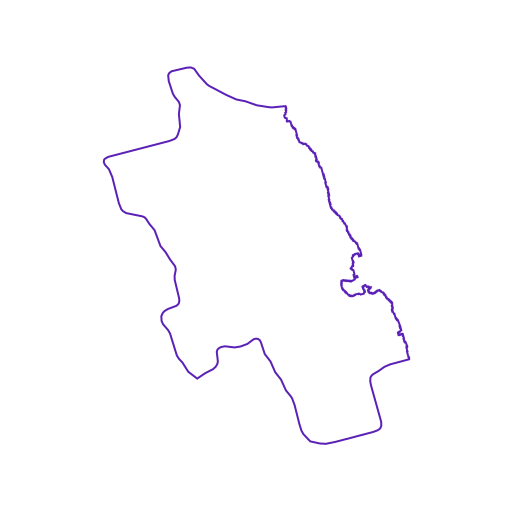 San Pedro de Macorís, San Pedro de Macorís, Dominican Republic, rotated 255°
{"feature_id": "3306468B30679779198976", "entity_name": "San Pedro de Macorís", "entity_type": "district", "adm_level": 2, "iso_a3": "DOM", "parent_name": "Dominican Republic", "parent_adm1": "San Pedro de Macorís", "projection": "natural_earth1", "projection_center": [-69.289, 18.484], "detail": "fine", "context": "isolated", "style": "outline", "palette": "violet", "viewbox_px": 512, "rotation_deg": 255, "n_neighbors": 0, "source": "geoboundaries", "source_scale": "gbopen_adm2", "svg_char_len": 6153}
<svg xmlns="http://www.w3.org/2000/svg" viewBox="0 0 512 512"><g transform="rotate(255 256 256)"><path d="M152.8,167.5L155.9,176.4L157.8,185.2L159.5,188.5L162.0,190.9L164.2,191.9L173.6,193.3L175.6,194.6L176.7,196.7L177.1,199.0L176.8,202.7L173.2,211.7L172.6,217.6L173.3,224.9L176.2,232.2L176.2,234.4L175.4,236.5L173.6,237.9L171.4,238.4L159.0,239.1L150.4,242.7L138.7,244.5L130.1,248.2L118.5,250.1L111.2,253.4L108.7,254.1L101.9,254.7L82.4,254.4L75.5,254.7L71.6,255.7L62.9,260.4L58.4,269.1L56.5,274.8L55.9,284.4L55.7,323.6L56.1,328.0L56.9,330.6L57.7,331.7L59.9,333.2L63.6,334.0L101.4,333.6L105.4,333.9L109.0,335.1L110.0,336.0L111.4,338.2L113.2,344.7L115.7,351.4L116.6,357.5L116.6,377.1L118.0,377.1L118.0,377.6L118.4,377.6L118.4,377.1L124.6,377.1L124.6,377.6L128.8,377.6L128.8,378.2L129.8,378.2L129.8,378.7L134.0,378.2L134.0,377.6L135.0,377.6L135.0,377.1L137.8,377.1L137.8,377.6L140.7,377.6L140.7,377.1L141.6,377.1L141.6,377.6L142.5,377.6L142.5,377.1L143.0,377.1L143.0,374.8L142.5,374.8L142.5,373.7L143.0,373.7L143.0,373.2L144.9,373.2L144.9,373.7L145.4,373.7L145.4,374.8L145.9,374.8L145.9,376.0L146.8,376.5L146.8,377.1L149.2,377.1L149.2,376.5L151.1,376.5L151.1,377.1L157.2,376.5L157.2,376.0L158.1,376.0L158.1,375.4L159.6,375.4L159.6,374.8L164.3,374.8L164.3,374.3L167.1,373.7L167.1,373.2L168.5,373.2L168.5,373.7L169.5,373.7L169.5,374.3L170.9,374.3L170.9,374.8L171.4,374.8L171.4,374.3L172.8,374.3L172.8,374.8L175.6,375.4L175.6,374.8L176.6,374.8L176.6,374.3L177.5,374.3L177.5,373.7L178.5,373.7L178.5,373.2L179.4,373.2L179.4,372.6L180.3,372.6L180.8,371.5L182.2,371.5L182.2,370.9L184.6,370.9L184.6,370.4L185.5,370.4L185.5,369.8L187.0,369.8L187.0,369.3L187.9,369.3L188.8,367.6L189.8,367.6L190.3,366.5L191.2,366.5L191.2,364.2L190.7,364.2L190.7,363.1L190.3,363.1L190.3,362.0L189.8,362.0L189.8,360.9L189.3,360.9L189.3,359.2L189.8,359.2L189.8,358.1L190.3,358.1L190.3,357.6L190.7,357.6L190.7,356.4L191.2,356.4L191.2,355.9L192.6,355.9L192.6,355.3L194.1,355.3L194.5,356.4L195.0,356.4L195.0,358.1L195.9,358.7L195.9,358.1L196.9,357.6L196.9,356.4L197.4,356.4L197.4,355.3L197.8,355.3L197.8,354.8L199.7,354.2L199.7,353.7L199.2,353.7L199.2,352.0L198.8,352.0L198.8,350.9L196.9,350.9L196.9,351.4L194.5,351.4L194.5,352.0L193.1,352.0L192.6,350.9L191.7,350.3L191.7,347.0L192.6,346.4L192.6,345.3L193.1,345.3L193.1,341.4L192.6,341.4L192.6,339.7L192.2,339.7L192.2,338.6L192.6,338.6L192.6,337.5L193.1,337.5L193.1,336.4L193.6,336.4L193.6,335.8L194.5,335.8L195.0,334.7L196.9,334.1L196.9,333.6L197.8,333.6L197.8,333.0L198.8,333.0L198.8,332.4L200.7,331.9L200.7,331.3L202.1,331.3L202.1,330.8L205.9,330.8L205.9,331.3L207.8,331.3L207.8,331.9L209.6,331.9L209.6,333.0L210.1,333.0L210.1,334.1L209.6,334.1L209.6,335.2L209.2,335.2L209.2,336.4L208.7,336.4L208.7,337.5L208.2,337.5L208.2,339.1L207.8,339.1L207.8,340.3L207.3,340.3L207.3,341.4L206.8,341.4L207.8,345.3L208.7,345.3L208.7,345.8L209.6,346.4L209.6,347.0L209.2,347.0L209.2,348.6L210.1,348.6L210.1,348.1L210.6,348.1L210.6,345.3L212.5,345.3L212.9,346.4L217.2,346.4L217.7,345.3L218.6,345.3L219.1,344.2L219.6,344.2L220.0,345.3L221.0,345.8L221.0,347.0L221.9,347.0L221.9,347.5L223.8,347.5L224.3,348.6L225.7,348.6L225.7,348.1L229.5,348.1L230.4,349.7L231.4,349.7L231.4,350.3L231.8,350.3L231.8,352.0L232.3,352.0L232.3,354.8L231.8,354.8L231.8,355.3L230.9,355.3L230.9,355.9L230.4,355.9L230.4,355.3L229.0,355.3L229.0,357.6L230.0,357.6L230.0,358.1L235.1,358.1L235.1,357.6L236.6,357.6L236.6,357.0L241.8,357.0L241.8,356.4L242.7,356.4L242.7,355.9L244.6,355.3L245.1,354.2L246.0,354.2L246.0,353.7L247.4,353.7L247.4,353.1L248.4,353.1L248.4,352.5L249.8,352.5L249.8,352.0L250.3,352.0L250.3,352.5L251.2,352.5L251.2,352.0L252.6,352.0L252.6,351.4L255.0,351.4L255.0,350.9L256.9,350.9L256.9,350.3L257.4,350.3L257.4,350.9L260.7,350.9L260.7,351.4L261.1,351.4L261.1,350.9L264.5,350.3L264.5,349.7L267.3,349.2L267.3,348.6L269.6,348.6L270.1,347.5L271.5,347.5L271.5,347.0L273.4,347.0L274.4,345.3L275.8,345.3L275.8,344.7L276.7,344.7L276.7,344.2L277.7,344.2L277.7,343.6L278.6,343.6L278.6,343.1L279.6,343.1L279.6,342.5L281.4,341.9L281.4,341.4L283.3,341.4L283.3,340.8L286.7,340.8L286.7,341.4L288.5,341.4L288.5,340.8L291.4,340.8L291.4,341.4L295.2,341.4L295.2,341.9L296.1,341.9L296.1,342.5L297.0,342.5L297.0,341.9L298.5,341.9L298.5,342.5L301.8,342.5L301.8,343.1L303.7,343.1L303.7,342.5L304.6,342.5L304.6,341.9L308.9,341.9L308.9,342.5L313.1,342.5L313.1,341.9L315.5,341.9L315.5,342.5L317.4,342.5L317.4,341.9L324.5,341.9L324.9,340.8L326.3,340.8L326.3,340.3L329.6,340.3L329.6,340.8L330.1,340.8L330.1,340.3L331.1,340.3L331.1,339.7L331.5,339.7L332.0,338.6L332.5,338.6L332.5,339.1L333.9,339.1L333.9,339.7L336.7,339.7L336.7,339.1L339.6,339.7L339.6,339.1L340.5,339.1L341.0,338.0L342.4,338.0L342.9,336.9L344.3,336.9L344.3,336.4L345.2,336.4L345.2,335.8L346.7,335.8L346.7,335.2L348.5,335.2L349.5,333.6L350.9,333.6L351.4,332.4L351.8,332.4L351.8,330.8L352.3,330.8L352.3,330.2L353.3,329.7L353.3,329.1L353.7,329.1L354.7,327.4L357.5,327.4L357.5,326.9L359.4,326.9L359.4,326.3L362.2,326.3L362.2,326.9L368.4,326.9L368.4,326.3L369.3,326.3L369.3,325.8L369.8,325.8L369.8,325.2L370.8,325.2L370.8,324.6L372.6,324.6L372.6,324.1L376.9,324.1L377.4,323.0L377.8,323.0L377.8,321.3L378.3,321.3L378.3,320.7L381.1,321.3L382.1,319.6L384.5,319.6L385.4,321.3L386.8,321.3L387.3,322.4L389.2,322.4L389.2,323.0L391.1,323.0L391.1,323.5L393.0,323.5L393.0,324.1L395.4,309.8L396.4,307.0L401.4,295.7L408.2,285.8L412.3,277.5L419.6,268.6L432.4,254.8L434.5,253.1L444.9,247.7L452.9,244.7L455.0,241.8L455.8,237.9L456.3,222.2L455.0,219.3L453.2,217.9L447.4,217.0L434.3,217.7L430.7,218.7L424.8,221.4L421.4,221.6L413.2,218.3L400.2,216.1L393.7,212.1L391.2,209.9L390.1,207.5L389.5,201.9L390.0,138.8L389.0,135.2L388.3,134.2L386.3,133.3L383.4,133.6L377.9,136.4L369.5,137.6L342.6,137.2L335.9,138.0L333.7,139.2L331.1,141.6L323.8,156.3L322.5,158.1L320.7,159.3L314.4,161.4L307.2,164.7L290.3,166.3L283.0,169.7L275.1,172.0L267.0,175.2L263.6,175.0L257.8,172.2L254.0,171.3L235.1,170.8L232.7,170.4L230.6,169.4L229.7,168.6L228.5,166.3L227.6,157.1L226.4,153.2L225.1,151.2L222.4,149.0L217.8,148.0L214.3,148.5L207.2,151.9L203.4,152.9L180.4,153.8L176.8,154.9L171.8,157.5L161.7,160.6L152.8,167.5Z" fill="none" stroke="#5b21b6" stroke-width="2"/></g></svg>